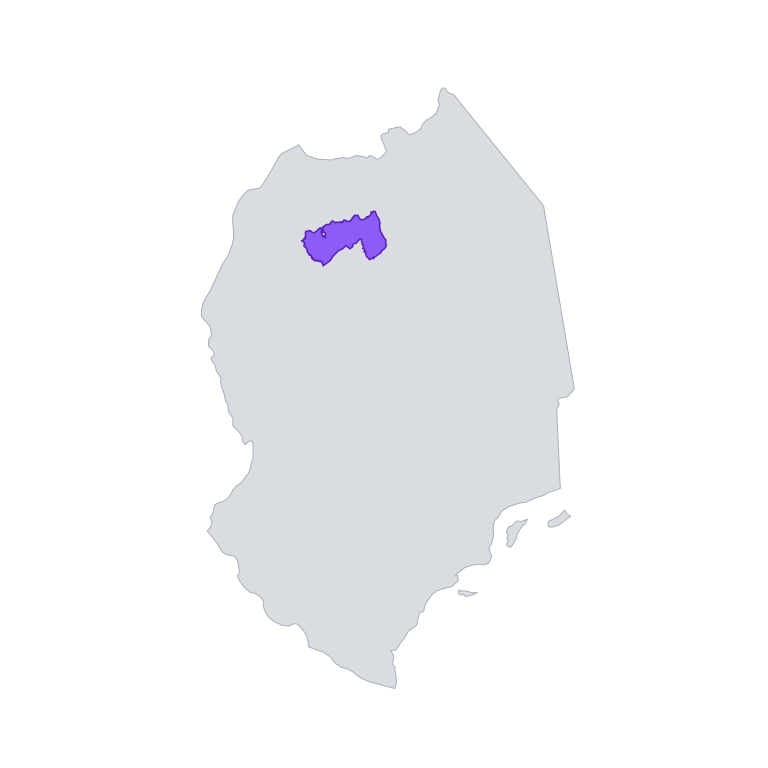 location of Kaliua, Tabora, United Republic of Tanzania, rotated 51°
{"feature_id": "72390352B29601163251764", "entity_name": "Kaliua", "entity_type": "district", "adm_level": 2, "iso_a3": "TZA", "parent_name": "United Republic of Tanzania", "parent_adm1": "Tabora", "projection": "albers", "projection_center": [31.783, -4.945], "detail": "fine", "context": "in_parent", "style": "filled", "palette": "violet", "viewbox_px": 768, "rotation_deg": 51, "n_neighbors": 0, "source": "geoboundaries", "source_scale": "gbopen_adm2", "svg_char_len": 9571}
<svg xmlns="http://www.w3.org/2000/svg" viewBox="0 0 768 768"><g transform="rotate(51 384 384)"><path d="M298.5,518.4L291.4,514.6L284.9,512.4L279.6,509.8L277.3,507.3L272.3,506.4L268.0,506.0L264.0,503.7L255.8,502.8L254.9,501.3L254.8,497.9L253.4,497.0L250.4,496.1L247.2,496.2L245.2,496.7L244.1,496.4L241.4,494.4L238.9,491.9L238.0,487.8L234.3,485.2L229.9,483.1L218.0,483.4L216.1,482.7L213.2,480.7L209.9,477.3L207.2,473.4L204.8,468.1L202.4,461.0L188.6,432.7L187.2,427.3L184.5,421.4L180.0,414.1L175.4,408.6L169.0,403.7L161.8,398.8L157.9,395.5L150.5,382.2L148.9,375.9L147.8,369.5L148.2,366.8L152.8,358.5L153.3,356.1L152.7,352.9L150.4,346.3L147.5,338.2L141.6,323.5L140.7,319.8L140.8,317.0L144.2,302.0L144.2,299.9L158.0,300.2L168.1,293.6L176.8,283.8L178.6,279.7L182.2,273.4L185.7,270.3L187.0,268.1L189.0,261.8L193.6,257.6L198.1,254.3L197.2,252.0L197.9,251.2L200.3,249.5L205.1,248.0L206.0,244.7L206.0,241.0L205.2,238.9L205.4,236.5L204.6,235.2L201.5,234.8L196.9,233.0L192.9,232.2L190.3,231.2L189.3,230.3L188.9,228.1L191.1,222.4L188.9,220.1L193.7,210.6L194.6,209.4L196.3,209.3L199.1,208.2L201.7,207.8L203.8,208.1L205.4,207.7L206.7,206.7L207.9,203.4L208.8,198.1L208.3,193.7L206.3,190.3L205.7,185.2L206.6,178.2L206.0,172.5L203.7,167.9L201.5,165.2L198.0,163.9L192.5,156.9L190.8,153.5L191.1,151.4L193.0,150.5L196.5,150.8L199.8,150.0L202.8,148.0L205.8,147.5L207.4,147.8L346.0,147.9L507.2,239.0L507.9,240.0L509.1,247.8L508.8,250.5L506.3,254.9L505.5,257.2L505.5,258.9L506.1,259.5L508.2,259.8L510.0,260.8L510.7,261.7L512.0,265.1L513.8,266.8L574.6,311.6L576.0,312.3L575.1,316.0L571.5,325.0L571.3,328.7L569.9,333.1L568.5,336.0L564.9,348.7L561.9,353.4L557.7,364.4L557.0,372.9L559.2,378.9L559.9,384.5L564.6,390.0L568.3,392.0L570.9,394.5L575.3,400.2L577.8,406.0L585.9,408.9L589.1,415.3L587.8,419.7L584.0,423.4L580.4,429.2L577.5,437.0L577.3,448.9L579.2,447.1L583.5,450.1L584.0,458.8L579.4,469.0L578.0,473.7L577.7,477.8L580.8,490.0L585.6,496.3L585.2,498.2L583.9,499.9L592.1,510.9L591.3,520.5L594.3,527.9L595.6,534.4L597.6,539.4L597.9,542.8L595.3,546.5L601.4,547.5L604.9,550.7L606.5,553.6L610.9,553.6L613.2,555.6L616.6,557.3L624.1,562.4L626.1,564.9L627.3,567.3L606.4,582.7L598.9,586.6L593.5,588.4L587.8,589.4L582.3,591.8L577.2,595.6L570.6,597.5L562.6,597.4L554.2,600.0L540.9,608.0L533.3,603.4L527.2,601.9L520.3,602.0L516.1,602.5L514.5,603.5L513.2,606.2L512.0,610.7L507.5,615.0L499.4,619.0L492.1,620.5L485.4,619.4L480.8,617.7L478.5,615.2L475.0,614.1L470.4,614.3L465.9,615.9L461.7,619.1L454.9,620.5L445.7,620.0L440.7,618.4L440.0,615.7L436.0,612.5L428.6,608.9L423.1,608.7L419.5,612.2L416.3,614.4L413.4,615.2L410.8,615.3L407.1,614.4L396.8,613.9L387.1,614.0L386.1,609.0L384.1,605.9L382.4,604.1L379.1,603.6L378.1,602.2L377.0,599.1L375.4,596.4L373.2,594.2L371.9,592.1L371.5,590.3L371.8,588.2L373.9,583.0L374.5,579.5L374.3,575.9L373.2,572.2L370.9,567.8L371.2,566.5L370.4,563.5L370.4,561.4L370.8,558.7L370.4,555.3L368.4,547.9L368.4,546.0L366.3,542.4L359.9,533.9L359.6,532.8L349.5,524.3L345.5,522.4L344.0,524.0L343.4,525.5L343.9,528.2L343.6,529.6L343.2,530.2L340.8,530.1L339.3,529.7L335.4,527.4L332.4,526.9L325.0,527.3L322.4,527.8L320.4,527.3L316.4,523.4L311.8,522.5L307.7,522.3L300.9,517.9L298.5,518.4ZM587.3,377.9L590.6,387.3L590.1,389.0L587.7,390.1L586.5,390.2L585.0,388.6L584.0,385.5L582.2,386.2L579.2,382.4L576.2,382.2L573.5,377.6L574.6,373.7L574.1,367.0L577.4,363.6L579.3,357.8L581.4,361.8L581.8,367.9L584.6,375.2L587.3,377.9ZM604.2,322.1L604.4,324.3L603.7,326.4L603.8,333.1L603.5,337.5L600.9,343.6L598.8,345.7L597.0,345.1L595.5,344.1L594.3,342.4L596.9,331.1L595.7,322.9L600.4,323.7L604.2,322.1ZM595.8,457.5L593.4,458.0L592.5,457.4L591.1,455.6L593.6,454.1L596.1,451.0L601.8,446.6L604.5,443.1L604.1,446.6L600.8,454.1L598.0,454.6L595.8,457.5Z" fill="#d9dde1" stroke="#a8b0b8" stroke-width="1"/><path d="M234.7,300.2L234.4,300.3L234.4,300.5L234.9,300.8L234.9,301.1L234.8,301.6L234.9,302.0L234.6,302.2L234.7,302.3L234.6,302.7L234.9,303.0L235.2,303.3L235.3,303.6L235.2,304.0L235.5,304.0L235.3,304.6L235.6,305.6L236.0,305.8L236.0,306.1L235.8,306.2L235.7,306.7L236.1,307.4L235.7,308.3L235.7,308.6L235.5,308.8L235.4,309.1L235.0,309.5L234.9,310.0L234.5,310.1L234.5,310.4L233.4,311.1L233.0,310.8L232.4,310.8L232.1,311.4L231.5,311.9L231.4,312.1L231.7,312.3L231.6,312.6L231.8,313.0L231.7,313.1L231.7,313.7L232.1,313.7L231.8,314.4L231.7,314.9L231.9,315.0L231.9,315.5L231.4,315.7L230.9,315.6L231.0,315.9L230.4,316.4L230.2,317.2L229.5,317.7L229.2,318.3L228.6,318.9L228.2,319.5L228.0,319.9L228.1,320.4L227.7,320.6L226.6,320.7L225.7,320.9L225.0,321.4L224.7,321.8L224.7,322.2L224.9,323.8L225.4,324.0L225.8,324.3L225.9,324.6L225.4,325.4L225.3,326.5L224.8,327.0L224.3,327.8L224.2,328.2L223.7,328.9L223.7,329.7L223.4,330.5L224.0,331.1L224.1,331.5L224.1,331.8L223.4,332.5L223.5,333.3L223.8,333.5L224.7,333.8L225.1,333.7L225.6,334.1L225.4,334.3L225.6,334.8L226.3,335.3L226.7,335.3L226.9,335.2L227.3,335.2L227.2,335.8L226.7,336.0L227.2,336.8L227.7,336.3L227.5,335.9L227.7,335.4L227.9,335.1L229.7,334.4L230.0,334.6L230.1,335.2L231.0,335.2L231.3,335.3L232.2,337.0L233.1,337.7L233.2,338.0L232.8,338.1L232.0,337.5L231.2,337.9L231.2,337.5L231.1,337.4L230.7,337.6L230.9,338.1L230.7,338.7L230.1,338.2L229.4,338.4L228.9,338.3L227.7,337.5L226.9,337.4L226.2,337.1L226.1,336.6L226.2,336.0L225.7,335.3L225.2,334.9L224.3,334.7L223.9,335.0L223.8,335.3L223.6,335.4L223.2,335.2L222.6,335.1L222.4,335.3L222.7,340.7L222.5,341.5L222.6,342.5L222.5,343.2L221.8,343.8L221.5,343.9L220.9,344.3L220.2,344.5L219.0,344.6L218.0,345.2L217.9,345.5L217.4,346.0L217.5,346.5L217.6,347.0L217.4,347.3L216.7,347.7L216.1,348.5L216.4,349.0L216.5,349.4L216.9,349.9L217.9,350.6L219.1,351.3L219.3,351.5L219.5,352.1L219.7,352.3L220.6,352.5L220.7,352.8L220.5,353.7L220.8,353.9L221.4,354.0L220.7,354.6L220.6,354.9L220.7,355.1L221.2,355.5L221.4,356.1L221.4,356.9L220.8,357.6L220.9,357.9L221.4,357.7L221.5,357.8L221.9,357.7L222.3,357.3L222.7,357.1L222.7,356.9L222.9,356.8L223.4,356.6L223.9,357.3L224.5,357.4L224.8,357.0L225.0,356.9L225.2,357.1L225.6,358.7L225.9,358.9L226.3,359.1L226.6,359.5L227.3,359.5L227.5,359.4L228.1,358.6L228.5,358.7L228.9,358.9L229.7,359.1L230.2,359.2L230.9,359.0L231.2,359.0L231.4,359.3L232.2,359.8L232.4,360.2L232.8,360.5L234.0,360.5L234.8,360.4L235.2,360.5L235.5,360.4L235.9,360.8L236.1,360.7L235.8,360.5L236.1,360.2L236.5,360.2L236.7,360.3L236.8,360.6L237.0,360.4L237.3,360.4L237.5,360.0L237.9,359.8L238.3,359.9L238.4,359.7L238.7,359.6L238.8,359.6L238.8,359.8L239.1,359.8L239.3,359.7L239.4,360.1L239.7,360.2L239.9,360.7L240.1,360.9L240.3,360.9L240.5,360.8L240.4,360.6L240.7,360.2L240.9,360.4L241.4,360.3L241.3,360.5L241.5,361.0L241.9,361.0L242.0,360.7L242.4,360.3L242.7,360.3L243.0,360.5L243.5,360.6L243.9,360.4L243.9,360.2L244.2,359.9L244.6,360.2L244.7,359.9L245.0,359.7L245.3,359.2L245.2,359.1L245.1,358.8L245.4,358.5L245.6,358.5L245.9,358.6L245.8,358.9L246.0,358.8L246.1,358.4L246.7,358.0L246.7,357.6L246.9,357.5L247.0,357.7L247.3,357.7L248.2,357.2L248.5,356.7L248.6,356.1L248.9,356.1L249.2,355.8L249.3,356.1L249.6,356.0L249.8,355.9L249.5,355.8L250.8,355.5L250.6,355.8L251.0,355.8L251.0,356.0L252.2,356.2L252.8,356.4L252.9,356.2L253.1,356.4L253.3,356.3L253.6,356.5L253.4,356.7L253.9,356.8L254.2,348.2L254.1,347.6L253.7,346.7L253.4,345.3L252.7,343.4L252.5,342.0L252.5,341.3L252.1,339.7L252.1,337.5L251.6,335.9L252.1,334.4L252.6,332.2L252.8,331.2L252.8,330.3L252.7,329.7L252.7,328.8L252.4,327.9L252.5,326.8L252.9,326.5L253.8,326.3L254.4,326.3L255.0,325.9L256.7,325.6L257.6,325.2L257.4,324.5L257.6,323.2L257.5,321.9L257.4,321.6L256.2,321.0L255.8,320.7L256.0,319.3L256.2,318.8L256.4,318.4L256.8,318.0L257.0,317.3L257.1,316.8L256.9,315.9L256.6,315.2L256.5,314.7L256.5,313.9L256.3,312.0L256.4,311.2L257.7,310.4L258.5,311.5L259.2,311.8L259.8,311.8L260.0,312.1L260.7,312.3L261.4,313.0L262.2,313.2L264.1,313.1L264.6,313.7L265.3,315.3L266.4,314.5L268.2,314.6L268.3,315.2L268.3,316.1L269.4,315.9L269.2,315.5L269.2,315.3L269.7,315.1L270.4,315.3L270.7,315.5L271.1,316.3L272.3,316.8L273.4,317.1L274.6,317.3L275.3,317.1L276.2,317.0L276.8,317.1L277.5,316.9L277.7,317.0L277.8,317.1L278.2,316.9L278.5,316.4L278.6,315.9L278.6,313.4L278.7,313.2L278.9,313.0L279.0,313.2L279.3,313.1L279.8,313.3L279.8,312.1L279.2,311.5L279.2,311.4L279.6,310.1L279.8,305.4L279.9,304.4L280.2,303.8L279.7,303.3L279.0,302.0L279.3,299.5L278.9,298.2L278.8,297.7L278.9,297.0L278.7,296.5L277.8,295.5L277.6,294.8L276.6,294.6L276.2,294.1L275.3,293.6L275.2,293.6L274.7,293.4L274.1,292.9L274.1,292.6L273.6,292.2L272.7,291.8L272.0,291.8L271.7,291.9L271.1,292.1L270.3,291.9L269.5,291.9L269.1,291.6L268.8,291.8L268.4,291.7L268.2,291.4L267.5,291.5L267.2,291.4L267.1,291.5L266.5,291.4L266.5,291.2L266.2,291.1L265.8,291.1L265.7,291.0L265.4,290.9L265.2,290.9L264.8,290.7L263.6,290.7L263.3,290.8L263.1,290.8L263.1,290.7L262.9,290.7L262.6,290.5L262.0,290.3L261.6,290.1L261.6,289.9L261.2,289.8L260.9,289.3L260.2,289.2L259.7,288.8L259.5,288.7L258.9,288.1L258.4,288.1L257.7,287.3L257.0,286.7L256.3,285.8L255.7,285.4L253.9,284.8L253.2,284.3L250.8,283.9L248.9,283.8L246.1,282.9L245.6,282.6L244.4,282.3L244.3,282.6L244.0,282.9L243.4,283.1L243.4,283.7L242.9,284.4L243.0,284.7L243.2,284.9L243.2,285.0L242.9,285.0L242.5,285.4L242.3,285.9L242.7,286.4L243.8,286.7L243.7,287.2L243.8,287.7L244.2,288.1L244.4,289.3L244.3,289.5L244.4,289.8L243.9,290.4L243.9,290.6L244.3,291.1L243.9,292.1L243.5,292.2L243.3,292.0L243.2,292.2L243.3,293.2L243.7,293.7L244.0,294.2L243.6,295.4L243.4,295.8L243.1,296.7L242.8,297.0L241.8,298.5L241.4,298.7L240.9,298.7L240.4,298.9L238.6,298.6L236.7,298.1L236.4,298.1L236.2,298.5L236.2,298.9L235.7,299.3L235.1,300.2L234.7,300.2Z" fill="#8b5cf6" stroke="#5b21b6" stroke-width="1.5"/></g></svg>